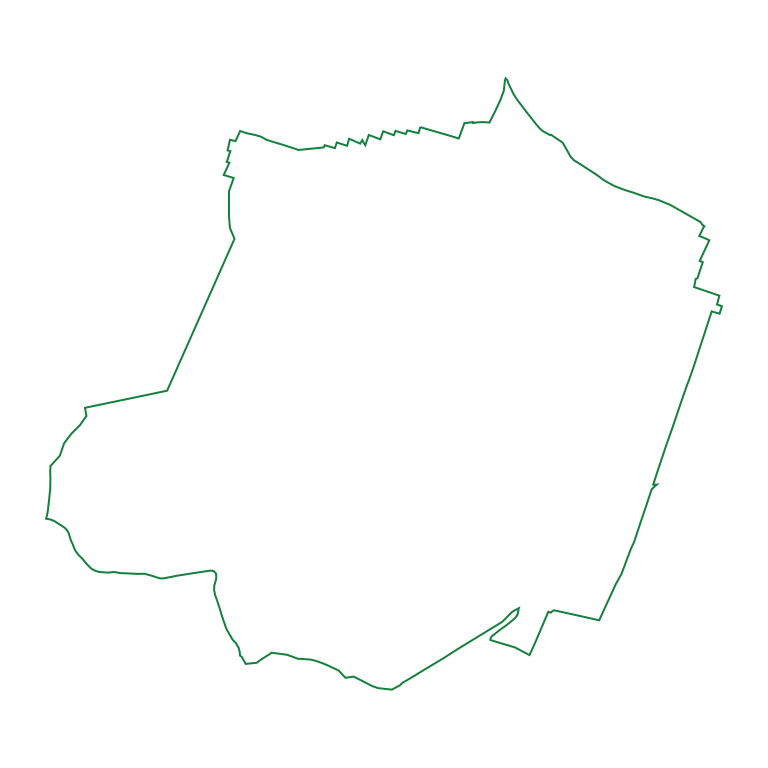 the district of Santo Tomás Hueyotlipan, Puebla, Mexico
{"feature_id": "50627088B52842348137606", "entity_name": "Santo Tomás Hueyotlipan", "entity_type": "district", "adm_level": 2, "iso_a3": "MEX", "parent_name": "Mexico", "parent_adm1": "Puebla", "projection": "orthographic", "projection_center": [-97.866, 18.889], "detail": "fine", "context": "isolated", "style": "outline", "palette": "green", "viewbox_px": 768, "rotation_deg": 0, "n_neighbors": 0, "source": "geoboundaries", "source_scale": "gbopen_adm2", "svg_char_len": 3459}
<svg xmlns="http://www.w3.org/2000/svg" viewBox="0 0 768 768"><path d="M505.6,78.4L504.9,80.8L503.8,90.8L500.2,100.4L495.1,111.4L489.4,122.6L488.0,122.4L481.8,122.1L476.9,122.4L473.2,123.1L473.1,122.1L464.4,123.2L458.9,138.3L458.0,138.5L455.7,137.5L455.4,137.4L421.1,127.4L420.0,127.8L418.5,133.2L407.3,130.4L405.8,134.0L395.5,130.9L393.9,135.2L383.2,131.3L382.1,134.2L380.3,139.3L368.8,135.0L367.0,140.2L365.3,145.2L364.9,144.6L364.7,144.3L362.2,140.0L360.2,143.6L349.5,138.9L349.1,138.8L347.1,145.8L336.8,142.5L334.9,148.1L324.7,145.2L323.7,147.4L323.1,147.5L322.3,147.6L299.3,149.9L298.8,150.0L292.1,147.8L282.5,144.7L271.8,141.5L266.4,139.7L261.2,136.8L255.6,135.1L248.0,133.5L245.2,132.7L240.2,131.0L235.5,141.1L230.0,139.8L227.6,150.4L230.3,151.1L226.8,162.0L229.4,162.7L223.7,175.0L233.7,178.0L229.0,191.3L229.0,216.4L229.9,227.8L234.5,238.8L214.2,284.6L167.1,390.7L85.0,407.8L86.4,416.0L80.1,425.0L71.2,433.9L64.1,443.3L59.8,455.8L50.5,466.0L50.2,471.2L50.4,478.0L50.2,489.0L49.1,499.7L48.2,507.7L47.5,513.1L46.1,518.7L50.5,519.5L54.4,521.1L58.3,523.6L62.1,526.0L65.2,528.2L66.8,530.1L68.7,533.1L69.8,537.0L71.0,540.7L72.8,544.4L74.5,549.1L76.6,552.5L79.2,555.7L82.4,558.7L86.6,563.9L89.7,567.1L91.8,569.0L94.9,570.6L98.8,571.9L104.5,572.4L108.8,572.6L113.9,572.0L120.6,573.1L127.8,573.4L137.3,573.9L144.5,573.8L148.9,574.9L154.5,576.6L159.6,578.3L164.1,578.3L169.6,577.2L177.7,575.6L193.1,573.2L202.9,571.7L210.7,570.6L213.6,571.0L216.0,573.6L216.3,576.7L216.0,579.6L215.1,582.7L214.3,585.5L214.1,590.0L215.1,595.1L217.0,600.3L219.6,608.2L221.3,613.9L224.2,622.7L226.4,628.9L228.8,633.1L229.1,633.7L230.8,636.5L232.0,638.8L233.9,641.2L235.8,642.9L237.3,645.6L238.6,647.6L239.7,651.9L240.0,655.6L241.6,656.7L245.7,663.9L256.6,662.8L261.7,659.2L269.9,653.9L271.3,652.7L287.2,654.8L297.7,658.7L310.0,659.5L315.3,660.7L322.4,663.2L328.2,665.6L334.5,668.6L338.6,670.5L345.5,677.8L353.7,676.6L372.3,686.1L378.0,688.1L388.8,689.3L391.8,689.6L400.0,685.3L402.6,682.7L412.6,676.9L422.0,671.1L432.3,664.9L444.0,657.9L458.1,648.8L502.3,621.8L512.4,611.7L515.4,610.0L518.8,608.2L518.6,608.8L518.2,611.1L517.9,613.2L517.2,615.3L515.2,618.0L510.0,622.4L505.2,626.1L499.4,630.2L494.5,634.2L492.3,635.8L490.9,637.7L490.5,638.6L490.5,640.1L514.9,647.4L529.5,655.1L534.9,643.3L548.0,612.5L548.4,611.7L549.7,612.3L549.9,612.3L550.1,612.4L550.4,612.5L550.8,612.6L551.2,612.4L551.5,612.0L551.9,611.5L553.3,610.6L554.3,610.4L555.6,610.6L565.5,612.8L581.9,616.4L599.2,620.3L606.8,603.7L612.2,592.0L615.6,584.5L618.0,580.2L621.2,574.4L621.6,573.7L621.9,572.8L630.7,549.3L632.7,545.0L633.9,542.5L636.8,533.7L649.1,497.1L650.4,493.0L651.8,489.1L655.4,485.8L656.8,484.6L655.5,484.7L653.2,484.6L653.9,482.5L660.2,463.3L666.6,444.2L672.0,429.0L676.1,417.0L680.4,404.2L685.5,389.4L691.1,374.2L693.8,366.3L704.1,334.7L711.7,311.4L719.6,313.7L721.9,306.2L717.0,304.5L719.4,295.7L694.1,287.1L695.7,278.9L697.4,278.3L702.8,262.2L699.7,260.9L709.3,240.3L704.6,238.1L699.3,236.0L703.5,227.4L704.4,226.4L702.1,224.5L700.6,222.1L669.9,204.7L666.5,203.4L659.2,200.3L652.3,198.3L644.9,196.7L638.3,194.4L632.3,192.3L626.0,190.4L620.5,188.4L614.7,186.2L608.4,182.8L603.1,179.7L598.2,175.9L592.8,172.3L586.9,168.5L582.2,165.4L580.9,164.6L574.1,160.4L570.5,156.6L567.4,150.9L562.6,142.6L550.9,134.7L549.7,135.0L545.7,132.6L543.6,131.7L541.9,130.3L539.8,128.5L536.2,124.3L527.3,113.0L517.7,100.5L513.7,94.4L508.5,83.7L507.4,80.3L505.6,78.4Z" fill="none" stroke="#15803d" stroke-width="2"/></svg>